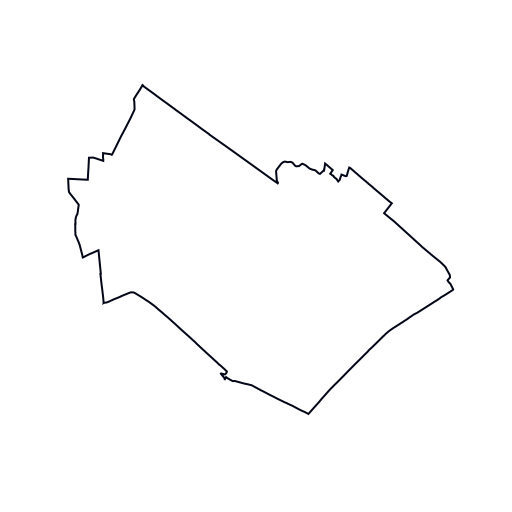 outline of Stefanestii De Jos, Ilfov, Romania, rotated 282°
{"feature_id": "2599482B64746522486763", "entity_name": "Stefanestii De Jos", "entity_type": "district", "adm_level": 2, "iso_a3": "ROU", "parent_name": "Romania", "parent_adm1": "Ilfov", "projection": "robinson", "projection_center": [26.191, 44.546], "detail": "fine", "context": "isolated", "style": "outline", "palette": "ink", "viewbox_px": 512, "rotation_deg": 282, "n_neighbors": 0, "source": "geoboundaries", "source_scale": "gbopen_adm2", "svg_char_len": 5155}
<svg xmlns="http://www.w3.org/2000/svg" viewBox="0 0 512 512"><g transform="rotate(282 256 256)"><path d="M112.4,340.1L115.2,341.7L117.5,343.0L121.9,345.5L126.2,348.0L129.5,349.7L134.8,352.7L138.0,354.5L141.4,356.5L143.5,357.9L145.8,359.3L148.0,360.8L149.8,362.0L157.0,366.6L160.5,368.8L162.6,370.1L164.9,371.6L167.4,373.2L169.8,374.7L174.3,377.7L180.9,382.0L181.6,382.4L184.4,384.3L185.9,385.3L187.2,385.9L188.8,387.0L190.5,388.3L193.1,390.0L197.3,392.8L201.6,395.6L203.7,397.0L204.1,397.2L204.5,397.6L205.9,398.5L206.7,399.0L208.5,400.4L210.6,402.0L213.8,405.0L217.9,409.2L218.4,409.7L218.9,410.2L220.5,411.8L221.1,412.4L221.7,413.1L222.9,414.2L223.6,414.9L224.4,415.7L225.3,416.7L226.6,417.8L228.3,419.4L230.3,421.3L231.6,422.5L234.0,425.5L245.2,436.9L247.3,439.0L248.1,439.8L249.6,441.4L252.5,444.3L253.9,445.4L255.2,446.8L256.7,448.5L263.7,455.6L264.4,455.8L269.1,452.0L270.3,450.2L271.9,448.4L272.1,448.4L274.9,450.0L275.0,450.0L275.3,450.2L275.6,450.2L276.9,449.8L278.1,449.2L283.9,444.1L284.2,444.1L285.5,442.3L287.1,439.8L288.5,437.5L292.7,429.2L299.8,415.9L300.0,415.7L318.9,383.3L319.2,382.6L324.1,373.1L324.5,372.4L335.4,377.7L335.8,377.9L337.1,375.1L339.3,371.0L342.7,364.7L347.2,356.3L347.4,356.2L350.0,351.1L350.7,350.0L354.9,342.1L361.6,330.0L361.9,328.8L357.0,328.3L353.2,328.1L352.7,327.3L353.4,322.7L352.5,322.7L350.8,322.3L347.9,322.1L347.3,321.7L346.0,320.9L348.2,318.6L349.3,316.2L350.6,314.9L350.6,314.2L350.8,313.7L351.4,312.8L351.9,311.5L356.0,313.2L360.2,305.6L360.8,304.4L354.4,304.8L354.4,304.6L353.5,304.7L353.4,304.3L353.4,304.2L349.6,301.5L349.7,300.9L349.9,300.0L351.9,296.7L352.2,295.7L352.2,294.6L352.2,293.0L352.7,290.2L355.0,285.8L355.2,285.2L355.9,282.2L355.5,281.6L352.9,279.4L352.1,276.7L352.4,275.5L354.9,272.3L355.3,270.5L354.5,267.9L354.3,266.7L354.4,266.2L354.3,264.4L353.3,262.9L351.4,261.4L344.8,258.3L343.6,258.0L342.7,258.1L334.1,260.7L332.2,262.3L331.6,262.1L331.7,261.9L333.8,256.9L352.9,213.4L359.4,198.4L365.0,185.3L365.5,184.7L365.7,184.2L366.5,182.3L366.8,181.7L367.4,180.3L368.2,178.5L368.9,176.8L371.4,171.4L376.5,159.9L379.9,152.4L382.3,146.9L382.4,146.7L382.6,146.4L388.7,132.8L391.5,126.5L393.8,121.6L399.0,109.9L399.3,110.0L399.6,109.4L398.3,109.1L396.0,108.3L395.0,108.0L394.2,107.7L392.7,107.1L389.4,105.8L386.4,104.7L384.4,104.0L384.1,103.9L383.9,104.0L383.1,104.2L382.8,104.3L381.6,104.9L380.0,105.3L377.2,106.0L375.6,106.4L374.3,106.7L374.0,106.7L373.3,106.6L364.3,104.5L353.6,101.6L349.0,100.3L346.0,99.4L325.6,94.2L325.0,93.9L325.3,92.5L325.1,89.6L324.8,85.0L324.2,85.2L321.8,85.6L319.9,86.1L318.6,86.6L317.3,86.8L318.3,78.1L318.4,76.2L317.4,72.2L314.9,72.6L313.6,72.8L311.3,73.2L309.1,73.5L307.7,73.8L305.9,74.0L302.6,74.5L295.6,75.6L294.2,67.0L294.2,66.9L292.5,56.2L282.5,58.8L279.9,59.7L279.5,60.0L278.0,61.6L275.0,65.3L272.1,68.7L269.6,71.6L269.1,72.0L267.4,72.1L263.8,72.3L262.2,72.5L261.6,72.5L261.2,72.5L259.5,72.5L258.3,72.1L257.5,71.9L256.7,71.8L254.9,71.8L253.5,71.9L253.3,71.9L252.8,72.1L251.1,72.5L250.3,72.7L249.6,72.8L249.5,72.5L247.6,73.0L245.9,73.4L243.5,73.9L242.9,74.0L241.4,74.5L240.1,74.7L239.4,74.9L239.1,75.0L238.0,75.9L234.4,78.4L233.0,79.4L230.2,81.2L227.4,82.6L225.6,83.5L222.8,84.9L221.2,85.7L220.1,86.2L219.1,86.6L218.5,86.9L218.6,87.1L218.8,87.3L220.1,88.9L220.5,89.3L223.6,93.3L225.6,96.2L228.9,100.7L218.3,104.1L206.4,107.9L206.2,107.5L202.9,108.6L196.2,110.8L190.9,112.7L190.2,112.9L183.8,115.1L182.5,115.5L178.8,116.6L178.6,116.7L178.4,116.7L178.5,116.8L178.5,117.0L178.8,117.7L179.0,118.1L179.2,118.7L179.3,119.1L179.6,119.8L180.3,120.8L181.0,121.9L181.8,122.9L182.5,123.8L183.0,124.6L183.6,125.3L184.1,126.0L184.5,126.6L184.9,127.2L186.5,129.6L187.8,131.5L188.0,131.7L188.4,132.2L188.8,132.7L189.4,133.6L190.4,135.0L190.6,135.3L191.8,137.1L193.0,138.8L193.9,140.2L194.5,141.3L194.6,142.0L194.8,143.1L194.9,143.9L194.6,145.2L193.4,148.7L192.2,152.0L191.4,154.3L190.5,156.4L189.7,158.5L188.8,160.9L186.3,166.5L185.1,168.8L183.3,171.9L181.5,175.4L180.2,177.7L179.4,179.1L177.8,182.1L176.4,184.6L175.2,186.7L175.1,186.8L172.7,191.0L170.9,194.0L167.3,200.1L166.0,202.4L163.9,206.1L162.0,209.4L160.5,211.9L159.4,213.9L157.4,216.9L156.3,218.8L154.7,221.4L153.2,224.0L152.4,225.4L151.6,226.6L149.4,230.4L146.4,235.5L143.9,239.8L141.9,242.9L141.8,243.5L138.7,248.8L137.0,251.5L136.4,251.5L135.9,251.4L135.4,251.3L134.7,251.0L134.0,250.3L133.7,250.0L133.6,249.6L133.7,248.7L133.8,247.2L133.8,246.2L133.7,246.1L133.4,246.3L132.6,247.3L131.9,248.1L131.8,248.4L131.4,248.9L131.1,249.1L130.9,249.4L130.5,250.0L130.3,250.3L130.0,250.5L129.6,250.7L129.3,250.8L129.2,250.8L129.0,251.2L129.2,251.3L131.3,251.9L130.9,252.6L129.9,255.5L129.1,258.1L128.8,259.2L129.3,261.2L129.3,262.0L129.0,267.0L128.8,270.4L128.8,272.4L128.8,273.9L128.8,275.1L128.7,277.0L128.7,277.5L128.7,278.4L128.0,280.9L127.3,283.2L127.0,284.4L126.6,285.6L126.1,287.4L125.5,289.1L125.5,289.7L124.4,293.6L123.8,295.7L122.8,299.3L122.1,302.1L121.0,306.0L120.4,308.4L119.5,312.0L118.9,314.3L118.5,316.6L118.0,318.3L117.8,319.2L117.3,321.6L117.0,323.0L116.2,325.6L115.2,329.1L114.7,330.8L114.0,333.7L113.6,335.9L113.1,337.7L113.0,338.2L112.4,340.1Z" fill="none" stroke="#020617" stroke-width="2"/></g></svg>